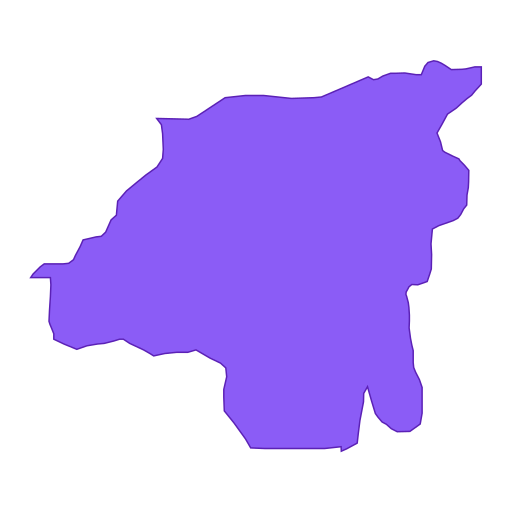 Tilkaef, Ninawa, Iraq
{"feature_id": "34846034B79516785973946", "entity_name": "Tilkaef", "entity_type": "district", "adm_level": 2, "iso_a3": "IRQ", "parent_name": "Iraq", "parent_adm1": "Ninawa", "projection": "mercator", "projection_center": [43.046, 36.575], "detail": "fine", "context": "isolated", "style": "filled", "palette": "violet", "viewbox_px": 512, "rotation_deg": 0, "n_neighbors": 0, "source": "geoboundaries", "source_scale": "gbopen_adm2", "svg_char_len": 2219}
<svg xmlns="http://www.w3.org/2000/svg" viewBox="0 0 512 512"><path d="M427.2,281.5L429.7,274.1L431.3,269.0L431.6,254.6L431.0,243.8L432.4,229.0L438.9,225.6L453.2,220.6L457.8,218.2L460.7,214.5L463.7,208.8L466.7,205.1L467.0,195.0L468.3,187.6L468.6,181.8L468.8,170.4L464.5,165.3L459.9,160.6L458.9,158.9L452.9,156.2L444.8,152.2L442.6,150.5L440.5,141.8L437.0,133.0L441.8,124.6L447.5,114.1L456.4,108.0L461.8,103.0L467.0,98.6L471.6,95.2L475.1,90.9L481.3,84.1L481.3,66.9L474.8,66.9L465.9,68.9L462.1,69.3L451.3,69.6L445.3,65.6L441.3,63.2L437.5,61.5L433.7,60.8L428.0,62.5L424.8,66.2L421.3,74.7L416.2,74.7L404.8,73.0L395.1,73.3L390.5,73.3L382.9,76.0L377.8,79.0L373.5,79.7L368.2,76.9L321.4,97.0L313.9,97.7L292.6,98.4L291.4,98.4L291.0,98.4L263.7,95.5L262.1,95.5L246.9,95.5L245.3,95.5L225.1,97.7L196.8,116.4L188.9,119.2L188.8,119.3L187.3,119.2L158.3,118.5L156.7,118.5L161.4,124.7L162.6,133.7L163.3,149.4L162.6,158.4L157.0,167.0L146.0,174.9L137.4,181.9L126.5,190.9L117.7,201.1L116.7,211.7L116.4,215.2L111.1,219.9L105.7,232.1L101.3,236.3L96.1,236.9L88.4,238.7L83.1,239.9L80.2,246.5L75.4,255.5L73.5,259.7L68.7,263.3L62.9,263.9L56.2,263.9L50.9,263.9L44.2,263.9L40.3,266.8L33.1,274.0L30.7,277.6L50.4,277.6L50.9,284.8L50.4,296.7L49.5,310.5L49.0,321.3L49.9,324.2L51.9,329.0L53.8,333.8L53.8,339.2L63.9,344.0L76.8,349.3L86.9,345.8L97.5,344.0L104.2,343.4L113.8,341.0L119.6,339.2L123.4,339.2L129.7,343.4L143.6,349.9L149.9,353.5L153.7,355.9L164.8,353.5L176.8,352.3L187.8,352.3L196.0,349.9L210.4,358.3L220.5,363.1L225.8,367.9L226.7,376.8L223.8,389.4L223.8,397.1L224.3,410.9L233.9,422.8L245.5,438.9L250.7,447.9L264.7,448.5L288.7,448.5L324.7,448.5L341.1,446.7L341.3,451.2L346.7,448.8L357.2,443.1L358.3,433.4L359.9,420.6L363.5,401.8L363.7,393.4L367.5,386.7L371.6,401.1L375.4,413.6L378.1,417.3L382.1,422.0L386.4,424.3L391.3,428.7L397.2,431.7L409.9,431.4L420.2,424.0L420.8,420.6L422.1,413.2L422.1,408.2L422.1,394.1L422.1,387.4L419.4,379.6L415.6,372.2L413.7,367.5L413.2,362.5L413.2,355.1L413.2,350.7L411.8,345.0L410.5,338.3L409.1,327.9L409.4,320.8L409.4,315.1L408.9,307.4L408.3,302.7L406.7,296.6L405.9,294.3L406.2,291.9L407.2,290.2L408.9,286.9L411.8,284.5L417.8,284.8L424.5,282.5L427.2,281.5Z" fill="#8b5cf6" stroke="#5b21b6" stroke-width="1.5"/></svg>